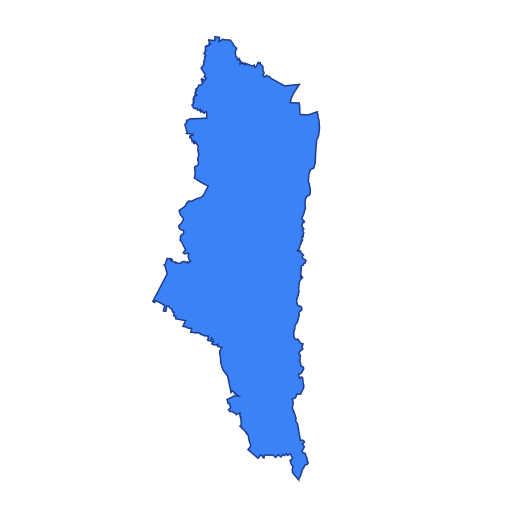 the district of Atoyac, Veracruz, Mexico, rotated 30°
{"feature_id": "50627088B15987380837011", "entity_name": "Atoyac", "entity_type": "district", "adm_level": 2, "iso_a3": "MEX", "parent_name": "Mexico", "parent_adm1": "Veracruz", "projection": "albers", "projection_center": [-96.804, 18.924], "detail": "fine", "context": "isolated", "style": "filled", "palette": "blue", "viewbox_px": 512, "rotation_deg": 30, "n_neighbors": 0, "source": "geoboundaries", "source_scale": "gbopen_adm2", "svg_char_len": 6106}
<svg xmlns="http://www.w3.org/2000/svg" viewBox="0 0 512 512"><g transform="rotate(30 256 256)"><path d="M188.0,315.8L189.4,347.0L191.5,346.9L191.0,345.1L194.7,344.5L201.7,344.5L203.3,349.9L205.6,349.0L203.8,343.8L204.9,343.1L207.8,344.2L210.0,343.9L210.4,345.0L211.8,346.1L211.9,345.8L213.3,345.8L214.8,349.0L216.8,348.5L217.9,350.5L227.3,347.2L227.9,353.5L230.3,352.6L233.2,352.4L236.5,350.8L237.5,354.6L243.1,352.4L243.0,351.9L246.0,350.8L246.9,351.6L250.3,350.8L250.9,351.1L254.7,349.2L255.8,351.4L256.2,353.2L259.5,352.3L258.5,349.4L260.5,350.1L262.1,351.5L260.9,352.3L261.7,352.7L261.6,354.2L264.2,354.0L265.6,352.8L266.2,353.0L267.1,351.3L268.2,353.5L272.2,352.2L272.0,356.0L272.6,357.5L277.3,363.5L278.5,365.7L284.2,371.1L291.6,374.3L302.6,386.7L302.5,384.8L306.1,385.0L306.1,385.9L311.1,385.8L306.9,388.3L302.7,394.8L305.8,397.8L306.7,397.0L309.8,400.0L309.4,402.2L309.0,402.8L311.2,403.8L312.9,402.6L317.8,402.8L318.1,403.3L320.6,399.9L321.9,402.4L323.7,403.3L323.3,403.8L325.5,405.7L325.4,406.4L326.2,407.0L327.2,409.3L327.9,410.0L327.2,411.4L334.2,413.2L335.9,413.7L335.7,414.2L338.8,415.1L342.3,419.3L346.3,422.8L346.3,425.3L345.8,427.7L359.0,430.1L359.5,425.8L362.2,426.2L363.1,427.3L363.6,427.1L364.0,426.6L362.8,424.9L363.6,423.8L370.4,419.9L373.8,420.6L374.4,417.0L378.0,417.6L378.7,414.3L380.4,414.6L381.1,412.2L382.9,412.9L384.8,410.3L388.3,412.5L388.9,413.7L387.7,415.9L390.3,418.5L393.6,420.1L393.9,422.4L395.6,424.8L396.6,425.6L405.0,428.6L404.4,427.3L404.6,424.4L403.7,421.9L404.0,420.7L403.4,420.0L402.9,418.1L403.3,415.4L402.8,413.6L403.3,412.1L404.6,410.8L404.7,409.0L402.6,407.7L401.6,405.9L399.1,404.2L397.5,402.4L394.5,402.8L393.5,402.0L393.3,397.0L390.2,395.7L390.8,394.1L390.8,392.5L388.1,392.2L386.7,393.6L376.0,380.7L373.0,379.2L371.6,376.2L366.0,371.3L363.5,369.7L361.7,364.5L358.9,361.7L361.0,359.1L361.0,357.8L360.3,355.6L363.7,353.2L363.2,346.3L362.1,344.2L359.1,340.9L357.6,338.4L355.8,338.0L354.7,340.0L351.9,337.1L353.3,335.8L353.9,334.2L353.7,329.7L352.7,328.6L349.4,328.5L348.1,326.2L346.1,325.2L346.1,323.7L344.4,321.4L344.6,320.6L343.5,319.4L341.7,319.2L341.6,318.0L342.1,315.3L343.1,313.1L341.3,312.0L340.7,308.6L338.0,309.2L333.8,307.0L332.3,308.3L331.3,308.3L329.7,307.5L327.4,304.3L326.6,302.6L326.0,299.4L324.5,296.9L324.8,292.2L323.5,288.2L323.4,286.3L321.3,283.1L322.5,280.0L321.8,278.2L320.2,277.3L316.7,277.9L313.4,274.4L312.0,269.2L312.3,269.1L311.5,267.7L311.5,266.1L309.4,263.2L306.7,257.4L306.3,255.6L307.0,251.5L305.2,252.1L304.9,251.7L304.7,250.9L305.5,250.6L303.6,249.5L303.2,247.7L300.2,242.0L301.5,240.1L301.1,238.1L302.1,237.5L301.5,234.8L297.9,234.7L296.8,234.0L296.3,233.2L296.7,231.5L292.5,230.4L292.0,230.0L292.1,229.5L290.7,229.8L290.2,230.8L289.1,230.8L288.9,230.0L289.7,229.7L289.8,228.9L288.6,223.4L288.9,222.5L288.2,221.9L287.8,220.6L288.6,219.9L288.2,218.6L286.8,217.5L285.9,216.2L287.2,215.8L286.3,214.1L285.7,211.9L283.4,210.7L284.0,208.8L280.2,206.8L280.2,204.6L279.7,203.9L279.8,203.5L280.7,203.0L280.6,201.8L277.6,201.0L276.8,200.1L276.2,195.2L275.1,191.7L275.2,190.3L271.9,185.7L270.4,182.0L270.2,179.1L271.7,176.8L271.8,175.0L269.5,170.7L266.8,168.0L266.3,166.9L264.5,165.9L261.1,159.5L259.9,154.0L262.0,151.1L260.7,145.6L255.8,136.4L250.5,125.1L250.1,120.7L247.2,113.7L242.9,107.3L239.6,103.9L238.2,101.7L237.2,101.5L236.9,100.5L230.5,107.9L223.6,111.3L222.2,109.9L219.3,105.0L216.8,101.9L209.0,106.2L207.5,101.2L207.2,95.4L207.8,85.7L195.8,94.3L180.3,94.7L177.6,94.0L176.7,94.6L174.6,94.3L173.6,96.8L171.7,96.3L171.2,95.6L171.7,93.7L170.8,92.7L169.6,92.4L167.5,88.7L163.7,87.4L162.9,86.5L162.3,87.4L161.4,87.0L161.0,87.6L161.4,90.1L161.3,93.0L159.9,92.8L159.0,91.6L158.3,92.7L157.1,93.5L152.3,94.1L151.9,94.7L150.8,94.3L150.7,96.1L149.2,94.9L148.3,95.9L147.4,95.3L146.3,98.0L145.7,97.2L146.3,95.6L144.5,94.7L144.3,95.1L143.0,93.5L142.2,95.3L140.7,93.8L138.5,93.1L135.6,89.1L135.8,86.5L135.3,85.7L134.1,85.7L131.3,84.7L129.6,83.4L125.7,81.9L120.2,84.7L118.9,84.8L116.7,88.9L115.2,84.9L110.9,86.5L112.6,90.1L107.0,92.5L107.2,93.0L108.1,92.8L108.7,94.9L110.7,95.1L109.4,96.7L109.7,97.7L109.1,98.7L108.2,98.3L107.6,99.9L108.7,102.1L109.8,103.3L109.4,103.9L110.3,106.5L109.9,106.7L112.1,107.4L111.9,109.2L112.5,109.1L113.5,111.8L113.2,111.9L113.6,114.0L115.2,116.4L114.4,120.6L121.7,124.6L121.4,126.8L124.1,126.9L123.6,129.5L120.5,129.5L120.4,130.6L121.7,131.3L121.7,131.8L123.6,131.7L123.2,132.4L122.8,135.8L121.0,136.6L121.6,138.3L121.1,139.4L121.3,141.2L120.7,141.2L120.7,142.6L121.9,143.3L121.6,144.4L122.2,144.7L121.9,145.8L124.4,146.4L123.8,147.6L123.0,147.2L122.7,148.2L123.2,151.6L124.0,151.3L124.5,153.9L125.6,153.9L125.1,157.5L126.6,157.7L127.5,159.0L129.9,158.8L131.0,157.5L132.5,158.9L134.6,156.8L135.3,157.4L134.7,158.1L135.9,159.0L136.7,157.8L137.3,158.1L137.7,157.3L138.0,157.4L137.9,157.9L139.7,158.3L140.6,155.8L142.0,156.8L144.3,161.4L130.0,170.4L129.1,172.6L128.2,172.9L128.5,174.3L129.2,175.1L128.7,177.8L134.7,183.5L134.5,184.4L135.3,184.0L135.9,184.3L136.9,183.1L139.6,183.1L140.4,182.2L140.9,182.9L138.7,185.3L139.8,186.7L140.1,186.3L141.4,186.4L143.4,188.8L144.9,187.3L145.6,187.7L145.2,189.3L146.3,189.6L147.0,187.7L147.8,188.0L147.9,188.4L151.1,189.7L152.5,193.2L155.7,196.6L157.2,201.6L158.6,202.8L160.3,205.4L160.0,206.9L158.4,209.3L158.5,210.0L162.3,215.3L163.6,219.3L171.5,219.7L179.6,219.4L180.1,229.7L179.7,231.3L179.0,232.7L175.5,236.6L172.9,240.7L170.3,242.0L169.5,244.4L169.7,248.5L166.7,255.1L170.1,258.2L174.3,259.7L175.1,261.2L175.0,264.7L174.1,267.7L174.1,268.6L174.8,269.7L176.3,270.7L178.0,270.8L180.0,270.3L181.7,271.3L181.7,273.8L181.1,274.4L180.7,276.3L182.5,280.4L184.8,281.1L192.3,286.2L191.6,287.6L191.3,289.4L191.7,289.8L193.3,289.7L194.8,288.3L196.5,287.4L197.4,290.2L199.4,292.3L202.6,293.5L201.8,293.6L201.5,293.2L201.1,293.9L201.2,295.4L200.6,295.7L199.7,295.4L199.8,296.3L196.5,296.5L194.7,298.6L194.8,299.1L192.9,300.9L190.6,301.8L190.2,301.6L189.9,302.1L189.4,301.5L189.0,302.1L185.8,302.2L185.4,302.8L184.7,302.6L185.0,301.2L184.1,301.6L183.8,300.8L180.3,302.5L181.7,309.5L181.2,309.8L182.1,310.0L188.0,315.8Z" fill="#3b82f6" stroke="#1e3a8a" stroke-width="1.5"/></g></svg>